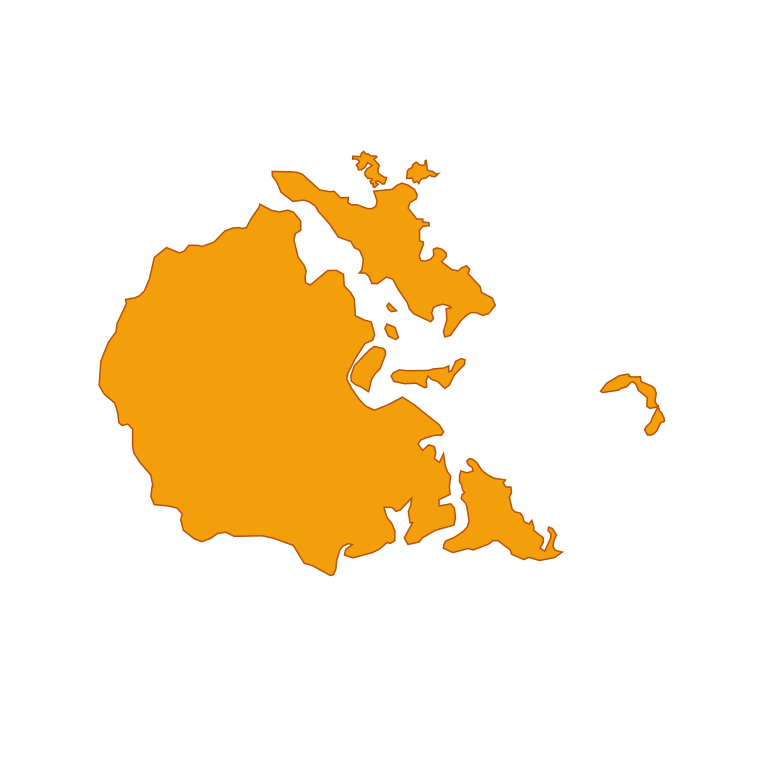 the district of Semporna, Sabah, Malaysia, rotated 25°
{"feature_id": "92858781B783004455088", "entity_name": "Semporna", "entity_type": "district", "adm_level": 2, "iso_a3": "MYS", "parent_name": "Malaysia", "parent_adm1": "Sabah", "projection": "robinson", "projection_center": [118.52, 4.527], "detail": "fine", "context": "isolated", "style": "filled", "palette": "amber", "viewbox_px": 768, "rotation_deg": 25, "n_neighbors": 0, "source": "geoboundaries", "source_scale": "gbopen_adm2", "svg_char_len": 6180}
<svg xmlns="http://www.w3.org/2000/svg" viewBox="0 0 768 768"><g transform="rotate(25 384 384)"><path d="M217.8,574.5L217.1,574.7L220.4,584.6L226.6,590.4L241.4,585.3L249.3,584.0L256.1,587.2L257.2,593.0L264.0,601.3L277.6,604.5L285.6,603.9L292.4,596.8L296.3,589.8L303.1,585.3L312.7,585.3L337.7,573.1L348.4,570.6L370.0,568.6L387.5,580.2L395.5,578.9L416.4,580.2L418.7,578.2L418.7,572.5L415.8,564.2L414.1,553.3L415.3,548.2L419.2,543.7L423.2,543.0L419.2,550.1L420.4,555.8L429.4,554.6L444.7,541.7L449.3,536.0L453.8,526.4L457.2,525.7L460.0,521.3L456.1,512.9L451.0,507.8L442.5,503.3L436.2,495.7L443.6,492.5L448.7,494.4L452.1,491.2L457.2,475.8L459.5,482.2L460.0,489.3L466.3,498.9L468.5,497.6L467.4,514.9L473.6,519.3L482.7,512.3L483.8,507.2L492.3,495.0L507.1,482.2L505.4,475.2L500.3,466.8L495.2,464.3L485.5,471.3L482.7,465.6L490.6,456.0L486.7,449.6L483.3,439.3L478.7,436.8L474.2,432.3L467.4,422.0L467.4,431.6L461.2,430.4L460.0,424.6L456.1,419.5L450.4,420.1L447.0,427.8L440.2,424.0L440.8,419.5L444.2,415.6L451.5,409.2L457.8,406.0L458.3,402.2L451.5,397.7L419.8,390.0L406.2,388.1L396.6,400.9L386.4,411.8L376.8,411.8L368.3,408.6L356.4,401.6L347.9,395.2L346.7,389.4L347.3,372.8L349.6,355.5L355.2,349.1L354.7,343.3L346.2,333.1L339.4,334.3L329.2,334.3L321.2,319.6L315.0,315.1L306.5,311.9L300.9,301.7L292.9,301.1L285.0,304.9L275.4,325.4L270.3,325.4L267.4,320.9L265.7,314.5L261.2,310.0L252.7,305.5L241.4,291.5L240.2,285.1L243.6,279.9L239.7,271.6L229.5,266.5L223.3,267.1L216.5,272.3L208.5,274.2L195.5,273.5L196.1,276.7L193.8,289.5L193.2,300.4L189.8,303.0L186.4,303.6L180.8,306.8L175.1,312.6L170.0,327.3L160.9,336.3L157.0,336.9L148.5,340.8L146.8,347.8L143.4,351.6L129.2,352.3L122.4,366.4L126.9,387.5L127.5,400.9L125.2,407.3L121.8,411.2L114.0,416.7L116.6,420.1L116.6,442.2L119.1,450.0L116.6,462.7L117.7,482.8L126.4,505.7L134.7,511.4L148.1,515.1L154.7,522.5L160.1,531.1L164.1,532.3L168.8,528.6L175.3,531.1L181.9,545.4L186.2,552.0L195.6,558.1L211.2,565.1L217.8,574.5ZM343.9,220.6L331.6,214.4L330.9,208.7L334.9,202.6L334.1,198.5L329.4,194.8L321.5,193.6L315.3,194.4L312.0,198.1L309.1,204.2L293.2,213.6L300.4,221.0L301.5,226.7L298.6,230.4L294.6,232.1L283.8,232.9L279.0,235.3L274.7,234.9L272.9,230.0L266.0,233.7L257.3,230.4L254.0,232.5L243.5,235.3L221.4,228.4L216.3,228.8L210.5,230.8L192.8,238.6L194.9,242.7L201.1,246.0L209.8,253.8L224.3,257.0L233.4,251.3L239.2,250.5L246.4,251.7L251.8,255.4L267.1,262.0L280.5,270.1L293.9,268.9L299.7,273.0L305.1,273.0L311.7,278.7L313.1,281.2L315.7,289.8L314.6,293.9L320.0,291.4L324.7,292.7L330.5,298.0L335.6,295.9L341.0,286.1L347.6,285.3L357.0,292.3L370.8,300.5L375.5,305.4L381.3,307.8L400.1,307.8L401.2,303.7L397.2,299.6L396.5,294.3L398.7,291.0L403.4,286.9L410.6,285.7L412.4,286.5L408.5,289.4L413.9,299.6L415.7,311.5L419.3,315.6L423.7,311.9L426.9,294.3L429.5,287.3L432.8,282.4L437.5,280.4L444.7,280.0L449.1,275.9L451.6,265.6L445.8,260.3L433.8,259.9L429.8,255.0L413.5,248.4L413.2,243.9L408.8,241.9L405.2,246.0L403.4,250.1L396.9,251.7L384.5,248.8L386.7,241.9L384.9,239.0L380.2,237.4L374.4,238.2L371.8,241.1L374.7,246.4L373.7,250.9L369.7,255.0L365.3,256.6L361.7,252.9L360.6,240.2L359.2,238.6L355.9,239.4L351.2,229.6L352.6,224.7L358.1,221.4L356.6,218.9L350.8,220.6L349.4,218.1L343.9,220.6ZM515.8,422.5L509.2,420.9L501.3,416.0L496.2,414.7L492.9,415.6L491.5,418.8L494.7,421.7L499.5,422.5L501.3,425.4L496.6,429.5L490.4,430.3L491.1,434.8L493.7,440.6L496.9,442.6L500.2,447.1L503.1,448.3L501.6,451.2L502.4,455.3L507.8,457.3L510.7,459.8L519.0,472.1L519.8,478.2L518.0,484.4L512.2,493.8L506.4,500.0L506.0,503.2L507.1,507.7L517.6,507.7L529.9,497.5L535.0,496.7L546.2,485.2L549.1,479.9L553.5,477.8L568.7,481.1L571.6,484.4L585.0,484.0L588.6,479.9L599.5,478.2L606.4,473.3L611.9,469.2L616.6,461.0L609.7,462.3L605.7,459.8L604.2,454.1L604.2,447.9L597.7,443.8L593.7,444.2L594.4,447.1L598.8,449.6L600.2,453.3L600.3,467.6L594.8,466.8L595.2,459.8L593.4,456.1L581.4,453.3L580.3,450.4L575.6,445.1L574.5,449.6L569.1,449.6L565.4,445.1L561.8,443.4L556.7,444.6L552.8,443.0L545.5,433.6L545.5,428.7L542.6,423.8L537.9,425.8L533.9,423.3L534.6,419.7L523.4,422.9L515.8,422.5ZM444.0,345.9L448.7,332.4L447.3,327.9L443.3,328.3L439.3,333.2L439.6,343.5L437.5,345.5L434.9,340.2L432.0,343.9L422.2,349.6L418.6,352.9L399.0,362.3L391.8,364.8L387.8,369.7L387.1,373.8L391.8,377.5L402.7,375.0L412.8,369.7L422.2,370.1L424.1,368.9L420.8,363.1L420.4,358.2L425.5,359.8L431.3,359.0L441.1,362.3L443.6,357.4L444.0,345.9ZM370.8,384.8L371.8,377.9L374.0,371.7L372.9,356.6L371.1,353.3L368.2,352.1L359.2,354.1L355.9,360.7L349.4,379.9L350.5,390.6L353.0,395.1L358.4,396.7L364.2,396.3L373.3,397.5L370.8,384.8ZM616.0,273.2L613.3,269.1L605.0,273.2L602.6,273.4L602.8,272.4L601.1,271.8L593.6,277.2L585.5,289.1L583.3,299.1L585.8,299.3L599.0,290.6L600.6,287.9L605.0,284.0L607.3,277.8L609.3,276.7L612.7,278.0L617.4,282.3L628.2,285.0L631.6,293.1L635.2,293.7L642.2,288.9L641.7,287.5L640.0,287.7L636.7,284.6L634.8,277.6L631.1,273.6L627.6,272.8L616.0,273.2ZM281.7,181.4L280.4,180.7L275.9,182.8L272.3,182.2L270.6,183.2L267.2,181.8L266.1,184.7L266.6,187.8L259.5,190.7L260.5,193.4L263.2,191.9L267.0,192.1L267.8,193.6L266.3,197.3L268.7,198.5L270.2,200.6L272.8,199.6L275.0,196.1L275.7,190.3L280.9,190.9L278.0,195.9L277.1,199.8L278.3,202.5L282.2,204.5L286.4,203.1L287.0,204.3L285.7,206.0L287.5,207.9L289.8,207.2L290.5,209.7L292.5,209.9L294.4,205.4L291.0,204.9L291.0,203.5L293.4,202.5L298.0,203.5L299.9,202.3L299.2,195.8L296.8,196.5L290.3,195.6L287.9,192.5L287.4,187.8L279.7,184.5L281.7,181.4ZM332.8,171.6L327.6,163.5L327.0,164.3L328.2,167.2L327.5,169.2L323.8,170.3L319.5,169.3L318.5,170.6L317.4,172.8L317.9,176.1L315.7,178.7L315.2,181.3L317.8,188.2L322.7,185.4L325.2,188.4L326.4,188.7L328.1,186.4L330.9,187.7L330.7,183.5L332.1,181.5L334.9,179.7L337.3,175.2L339.5,175.8L342.9,174.3L344.4,170.2L342.5,171.8L337.8,170.8L335.3,171.7L332.8,171.6ZM647.7,317.3L649.9,314.6L651.1,310.9L651.1,302.2L654.0,299.3L652.3,296.6L647.5,292.7L645.3,292.2L643.4,289.8L641.9,291.0L641.4,301.1L642.0,305.9L639.6,312.1L639.5,315.4L644.4,318.9L647.7,317.3ZM370.0,328.0L361.3,328.4L361.4,333.5L367.8,338.8L376.0,338.7L377.4,335.7L370.0,328.0ZM360.3,315.3L364.4,312.3L354.2,308.7L353.6,312.2L356.6,314.5L360.3,315.3Z" fill="#f59e0b" stroke="#b45309" stroke-width="1.5"/></g></svg>